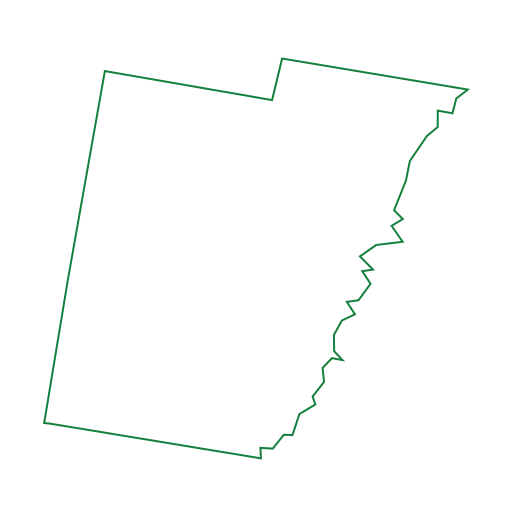 Calhoun, Florida, United States of America (Natural Earth projection), rotated 9°
{"feature_id": "52423323B11217217149990", "entity_name": "Calhoun", "entity_type": "district", "adm_level": 2, "iso_a3": "USA", "parent_name": "United States of America", "parent_adm1": "Florida", "projection": "natural_earth1", "projection_center": [-85.065, 30.404], "detail": "fine", "context": "isolated", "style": "outline", "palette": "green", "viewbox_px": 512, "rotation_deg": 9, "n_neighbors": 0, "source": "geoboundaries", "source_scale": "gbopen_adm2", "svg_char_len": 656}
<svg xmlns="http://www.w3.org/2000/svg" viewBox="0 0 512 512"><g transform="rotate(9 256 256)"><path d="M439.1,58.5L250.9,56.9L247.5,99.5L77.8,97.0L73.9,310.1L72.9,454.1L78.2,453.8L292.5,455.1L290.4,444.8L302.7,443.6L311.4,428.2L320.0,427.2L323.6,405.3L337.8,393.4L333.9,385.9L342.9,369.8L339.3,356.2L347.0,345.0L357.7,345.3L348.1,337.8L345.3,321.8L350.9,306.3L362.8,298.1L352.9,287.1L364.1,283.7L373.5,265.5L363.3,254.4L373.7,251.1L358.7,240.1L373.0,226.3L398.6,219.0L385.2,205.0L395.2,196.5L385.2,189.2L392.3,158.1L393.1,138.1L406.1,110.6L415.3,100.2L412.8,84.0L427.7,84.3L429.2,69.1L439.1,58.5Z" fill="none" stroke="#15803d" stroke-width="2"/></g></svg>